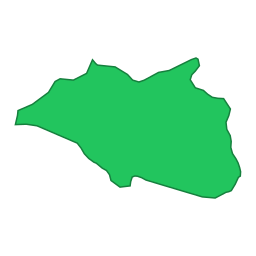 the border of Çankiri
{"feature_id": "TUR-3009", "entity_name": "Çankiri", "entity_type": "Province", "adm_level": 1, "iso_a3": "TUR", "parent_name": "Turkey", "parent_adm1": "", "projection": "robinson", "projection_center": [33.484, 40.685], "detail": "fine", "context": "isolated", "style": "filled", "palette": "green", "viewbox_px": 256, "rotation_deg": 0, "n_neighbors": 0, "source": "natural_earth", "source_scale": "10m", "svg_char_len": 982}
<svg xmlns="http://www.w3.org/2000/svg" viewBox="0 0 256 256"><path d="M17.8,112.7L18.0,110.6L32.3,104.4L48.5,92.4L55.1,81.5L60.1,78.8L73.4,80.1L86.6,73.4L92.5,59.8L95.6,63.5L97.5,65.1L115.1,66.9L127.5,74.5L132.6,80.1L138.9,82.0L144.2,80.2L158.6,72.4L169.2,70.5L191.4,59.6L196.0,58.0L198.0,59.2L199.4,65.7L195.3,71.1L191.8,74.7L190.2,79.7L195.3,87.8L203.4,90.4L207.6,94.2L212.3,97.3L217.9,98.3L223.6,98.6L230.4,109.0L228.8,115.6L226.0,122.2L226.8,129.4L230.2,135.6L231.2,141.4L230.8,147.4L232.5,153.6L236.0,158.9L238.1,163.0L239.6,167.5L240.6,171.7L240.3,176.1L238.4,177.3L235.2,184.2L231.3,190.6L228.8,191.7L226.0,192.3L215.2,198.0L202.3,196.9L164.5,185.6L145.9,180.0L141.7,177.7L137.4,176.2L134.7,176.0L132.2,177.0L130.7,181.6L130.1,185.9L120.0,187.1L111.0,180.5L109.5,174.7L106.5,170.5L102.2,168.1L96.3,163.2L93.9,162.2L88.8,158.5L84.3,153.7L81.1,148.1L77.2,143.1L37.0,125.8L26.2,124.2L15.4,124.6L17.5,115.4L17.8,112.7Z" fill="#22c55e" stroke="#15803d" stroke-width="1.5"/></svg>